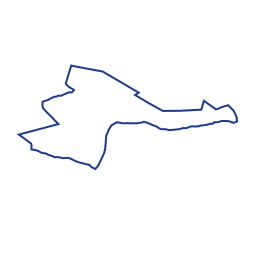 the district of Nova Londrina, Paraná, Brazil, rotated 105°
{"feature_id": "56859067B43615120098255", "entity_name": "Nova Londrina", "entity_type": "district", "adm_level": 2, "iso_a3": "BRA", "parent_name": "Brazil", "parent_adm1": "Paraná", "projection": "equal_earth", "projection_center": [-52.953, -22.751], "detail": "fine", "context": "isolated", "style": "outline", "palette": "blue", "viewbox_px": 256, "rotation_deg": 105, "n_neighbors": 0, "source": "geoboundaries", "source_scale": "gbopen_adm2", "svg_char_len": 1397}
<svg xmlns="http://www.w3.org/2000/svg" viewBox="0 0 256 256"><g transform="rotate(105 128 128)"><path d="M80.1,37.1L82.9,41.9L87.3,47.7L82.1,61.7L91.3,62.0L95.9,76.0L98.2,83.2L102.5,98.8L98.7,114.1L94.3,129.7L91.1,126.8L83.3,155.1L80.0,167.2L81.7,188.1L82.4,199.0L101.2,199.6L102.6,197.7L103.7,195.5L104.7,191.7L105.3,190.0L107.9,191.3L109.2,194.8L111.8,198.2L114.1,200.8L114.8,203.7L116.1,205.1L116.9,207.3L119.9,210.8L121.7,212.6L123.2,215.1L124.7,217.1L127.2,216.8L130.5,215.5L131.7,213.8L133.5,211.0L142.2,196.2L162.6,231.7L168.1,217.6L169.6,216.7L173.7,215.8L173.3,212.3L173.4,209.1L174.3,205.0L173.9,200.3L174.6,197.7L174.7,194.4L175.2,191.0L174.3,188.4L174.0,184.3L173.8,182.2L172.8,179.9L172.3,176.2L173.5,170.6L173.9,166.2L173.8,160.2L173.6,155.8L174.6,154.3L175.4,152.5L176.0,148.9L171.5,146.9L158.6,144.6L153.8,144.7L141.2,147.0L134.4,146.1L129.9,144.7L125.4,140.4L124.7,133.5L123.6,130.4L122.5,125.4L121.6,122.5L121.2,120.4L120.2,118.8L119.4,116.4L117.9,114.4L118.0,110.2L119.0,103.8L119.1,101.1L120.1,98.2L120.5,95.5L119.5,91.7L119.4,87.8L118.3,84.6L117.0,81.2L115.7,77.8L114.0,75.3L113.0,71.6L111.8,69.8L109.9,67.2L109.4,64.4L108.3,60.7L107.0,58.8L105.2,54.2L104.3,52.4L103.1,50.5L101.9,47.3L100.1,46.2L99.5,43.8L98.6,41.7L97.1,39.7L96.0,35.7L95.4,32.4L95.4,30.1L95.7,27.3L93.4,24.3L89.7,25.8L87.3,27.5L84.0,30.4L80.1,37.1Z" fill="none" stroke="#1e3a8a" stroke-width="2"/></g></svg>